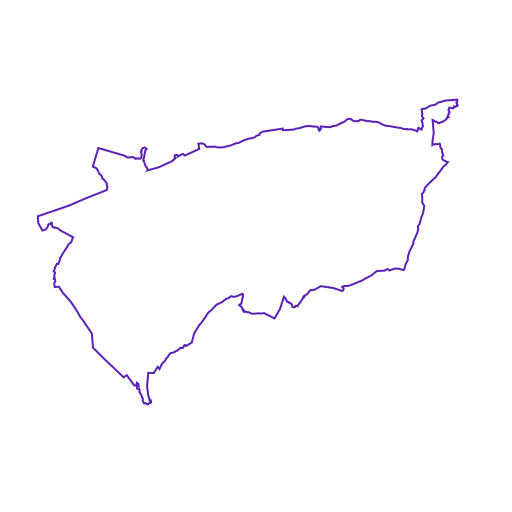 Etnedal nor, Oppland, Norway, rotated 265°
{"feature_id": "86288312B39232135925615", "entity_name": "Etnedal nor", "entity_type": "district", "adm_level": 2, "iso_a3": "NOR", "parent_name": "Norway", "parent_adm1": "Oppland", "projection": "albers", "projection_center": [9.665, 60.964], "detail": "fine", "context": "isolated", "style": "outline", "palette": "violet", "viewbox_px": 512, "rotation_deg": 265, "n_neighbors": 0, "source": "geoboundaries", "source_scale": "gbopen_adm2", "svg_char_len": 6091}
<svg xmlns="http://www.w3.org/2000/svg" viewBox="0 0 512 512"><g transform="rotate(265 256 256)"><path d="M314.6,42.1L307.7,42.0L300.0,45.5L300.8,48.9L303.4,51.2L305.2,51.7L306.1,52.9L305.8,54.4L306.4,54.9L307.0,54.9L306.8,55.5L306.0,55.7L304.4,55.2L302.4,56.1L302.2,56.3L302.3,57.5L301.6,58.0L301.5,59.2L300.9,61.0L298.5,63.4L290.6,75.5L288.6,74.3L286.8,73.7L285.1,72.2L284.6,71.1L283.1,69.4L282.4,69.4L273.7,62.5L271.9,61.6L271.4,60.8L268.8,60.2L265.3,58.4L265.3,57.9L265.7,57.4L265.6,56.9L262.0,54.8L261.3,54.7L258.3,53.1L257.6,54.0L256.6,54.4L254.7,53.4L252.7,53.5L251.8,52.7L250.8,52.5L250.3,53.0L250.5,53.7L250.3,53.8L248.5,53.9L247.2,53.0L245.9,52.6L242.6,52.8L242.6,57.0L236.4,60.2L226.0,67.9L215.2,73.6L210.7,75.6L207.7,77.6L193.1,85.7L178.8,85.7L167.0,95.6L146.7,113.6L148.6,116.9L137.7,123.4L137.3,125.0L138.7,125.9L140.1,126.2L138.8,127.7L136.5,127.8L136.3,127.8L136.7,126.4L134.4,125.9L133.2,127.7L133.6,128.1L132.3,128.4L130.4,128.1L129.5,128.8L128.6,128.9L128.1,129.4L126.1,130.1L125.1,130.1L124.0,130.9L121.3,130.5L118.8,131.7L118.8,132.2L119.2,132.8L117.6,135.2L118.5,136.2L118.8,137.0L118.8,138.0L119.3,138.0L119.6,138.8L120.8,138.6L120.9,138.0L121.3,137.8L121.7,138.2L122.0,137.7L121.7,137.4L122.0,137.3L122.3,137.5L126.6,136.5L135.7,136.1L149.0,138.5L148.3,144.0L154.2,148.5L151.8,150.0L156.9,153.0L159.8,156.5L162.0,157.8L162.8,159.0L165.5,161.0L166.7,162.3L167.1,165.5L167.5,166.7L168.2,167.6L168.5,169.0L171.1,172.9L170.7,175.0L173.6,177.0L173.3,177.8L172.4,178.3L175.3,184.4L184.4,187.7L192.5,193.7L193.2,194.8L199.8,200.6L201.9,201.9L203.4,203.3L204.9,205.0L205.5,206.2L211.0,212.5L211.8,214.9L213.5,219.0L214.5,220.3L215.0,221.4L216.0,222.4L216.2,224.0L216.7,225.4L218.1,227.4L218.1,228.1L217.4,229.6L217.3,232.3L219.5,239.1L219.0,239.7L215.8,239.3L214.9,238.7L210.5,237.4L209.9,237.1L208.9,235.8L209.0,235.1L208.2,235.1L206.7,237.1L204.7,238.1L203.3,238.0L202.9,238.3L203.2,238.9L203.0,239.1L202.0,239.0L201.3,239.5L201.2,239.9L201.6,240.4L201.0,242.2L200.5,243.0L200.7,243.9L199.6,245.2L198.7,247.5L198.7,253.5L198.2,256.1L198.4,259.1L192.2,269.0L201.0,275.2L213.0,280.3L210.7,282.0L207.8,282.8L207.3,284.4L206.6,284.8L206.5,285.3L205.7,286.6L204.0,287.6L202.0,287.9L202.0,288.4L201.5,289.2L201.7,289.6L201.7,290.3L202.7,290.9L202.9,291.4L202.8,292.1L202.3,293.1L203.7,293.8L205.4,295.6L209.8,299.0L210.4,299.9L211.1,299.7L211.2,300.5L211.9,300.5L211.9,300.9L212.7,301.5L213.0,302.8L214.2,304.4L217.3,307.0L217.1,307.7L217.2,311.1L220.3,318.0L217.3,330.4L213.6,338.8L214.2,339.9L215.4,340.4L215.5,340.2L216.8,340.3L217.1,340.1L217.3,339.3L217.9,339.2L218.5,342.0L218.1,344.3L218.7,347.7L222.3,359.5L224.6,364.0L224.8,365.0L227.0,370.0L229.6,373.6L230.5,375.3L230.2,383.0L230.9,383.9L231.5,386.1L229.9,387.8L231.4,392.9L231.1,396.1L229.4,401.2L229.3,402.3L235.3,404.6L238.5,406.8L242.2,407.3L246.1,408.8L253.0,412.8L254.1,413.7L258.0,414.4L258.7,415.3L265.5,418.9L269.2,420.0L271.3,419.8L273.9,421.9L279.7,423.9L284.0,426.1L290.7,427.9L291.8,427.7L294.9,426.2L299.1,426.7L303.3,426.7L305.1,428.6L306.2,428.9L307.0,429.7L308.5,429.9L309.5,430.4L314.6,436.2L318.8,441.7L329.2,451.0L329.9,452.4L332.8,455.3L333.2,454.1L334.1,453.0L334.5,451.9L336.0,450.2L338.0,449.9L339.2,450.5L339.6,451.4L342.9,450.5L346.2,450.5L346.8,449.8L347.8,449.3L351.8,448.9L351.9,448.0L351.4,445.8L352.1,444.8L351.6,443.4L351.8,442.2L351.3,441.4L356.3,442.1L363.0,443.8L376.1,443.8L375.1,445.4L374.3,446.0L374.1,446.4L374.2,447.2L372.3,449.6L372.3,450.2L372.8,450.6L372.8,451.3L373.4,452.5L373.3,453.1L373.8,454.4L374.3,455.1L374.6,456.1L375.8,457.2L376.2,457.7L376.2,458.1L377.2,458.4L377.8,459.1L377.7,459.7L378.6,459.1L379.1,459.3L380.2,460.3L381.4,460.4L382.0,461.3L382.8,461.4L384.3,460.4L386.5,461.2L386.9,462.3L385.9,465.3L387.7,466.3L387.2,466.9L387.5,467.4L387.3,468.0L387.7,468.6L387.7,469.1L388.2,469.4L388.1,469.6L388.4,470.0L388.8,469.8L388.9,469.3L389.7,469.6L391.7,469.0L392.2,470.0L394.3,470.0L394.2,463.7L394.4,459.8L394.3,457.6L393.4,453.9L393.0,450.9L391.1,447.8L390.5,442.3L388.8,439.3L388.0,437.0L388.2,435.1L387.6,433.7L382.8,434.1L381.4,433.5L380.6,433.5L378.4,434.9L376.9,432.9L376.5,432.7L374.7,433.3L370.6,433.6L369.1,432.4L367.5,432.0L368.0,430.7L369.4,429.5L369.6,429.0L366.1,427.5L367.5,425.1L368.6,422.1L368.9,419.8L368.8,418.2L369.4,417.7L369.2,416.0L370.2,412.7L371.1,411.0L371.4,409.1L374.1,399.0L374.5,396.1L375.3,395.0L376.1,393.1L378.2,390.5L379.2,387.3L379.5,384.3L380.4,381.3L380.6,378.8L382.6,372.7L382.4,371.2L381.4,369.6L381.7,368.2L381.4,367.0L382.0,365.0L383.0,363.6L383.7,363.2L384.6,360.7L384.3,358.8L382.0,355.7L381.8,354.8L381.1,353.4L381.3,352.6L380.4,351.2L380.0,350.3L379.9,349.3L379.0,347.9L378.6,343.3L378.0,341.6L378.0,339.9L379.4,331.9L377.4,331.2L377.0,331.7L375.3,330.2L375.9,329.6L377.7,329.4L379.4,328.5L380.0,324.3L380.9,320.7L380.8,319.5L381.0,318.5L380.7,317.3L381.0,316.6L379.6,310.6L379.3,306.4L378.7,305.3L378.8,296.7L379.0,292.8L379.2,293.6L380.6,293.7L379.3,273.4L377.8,270.3L376.5,270.1L375.8,267.3L374.3,264.8L374.0,263.6L373.5,258.9L372.1,253.4L370.0,248.1L370.1,246.1L368.5,241.1L367.8,237.2L367.7,235.6L367.1,233.7L367.4,228.2L368.2,225.0L368.5,224.7L369.0,216.2L371.7,214.4L372.9,212.3L372.9,208.5L367.6,208.7L362.3,193.9L364.1,192.2L361.8,186.6L363.1,187.0L363.3,186.7L363.6,185.5L363.5,183.9L361.0,183.5L360.9,183.9L360.3,184.1L357.7,180.5L352.8,166.7L350.8,155.6L351.1,155.9L352.8,155.1L353.8,155.1L354.9,153.9L361.0,152.4L361.5,151.9L362.8,152.7L370.8,154.9L372.1,156.4L373.5,155.3L373.7,154.1L373.4,153.3L373.4,152.5L371.8,151.3L370.6,151.3L370.3,150.7L369.4,150.4L368.8,150.8L366.8,151.0L365.2,150.4L364.5,150.5L363.7,150.1L363.0,149.2L363.3,148.4L363.1,147.8L363.6,146.9L363.3,145.8L363.6,145.3L363.4,144.4L363.8,144.4L364.0,143.8L365.2,142.4L365.5,141.2L365.1,140.3L365.2,138.8L365.5,138.4L365.3,137.7L365.3,136.6L365.8,136.3L366.3,135.1L366.9,134.6L367.5,133.5L377.3,108.4L359.3,101.2L357.5,104.5L355.4,105.8L351.7,106.9L350.3,108.6L349.4,109.1L346.4,109.8L345.8,110.9L341.3,113.7L339.2,113.5L337.8,114.1L334.7,113.0L328.6,92.4L322.3,73.2L314.6,42.1Z" fill="none" stroke="#5b21b6" stroke-width="2"/></g></svg>